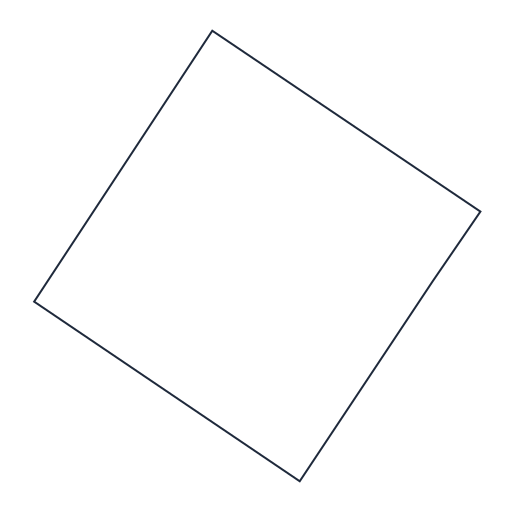 Lynn, Texas, United States of America (Robinson projection), rotated 304°
{"feature_id": "52423323B96500488872097", "entity_name": "Lynn", "entity_type": "district", "adm_level": 2, "iso_a3": "USA", "parent_name": "United States of America", "parent_adm1": "Texas", "projection": "robinson", "projection_center": [-101.839, 33.177], "detail": "fine", "context": "isolated", "style": "outline", "palette": "slate", "viewbox_px": 512, "rotation_deg": 304, "n_neighbors": 0, "source": "geoboundaries", "source_scale": "gbopen_adm2", "svg_char_len": 232}
<svg xmlns="http://www.w3.org/2000/svg" viewBox="0 0 512 512"><g transform="rotate(304 256 256)"><path d="M94.1,97.6L93.7,418.2L334.5,416.6L418.3,417.2L418.3,93.8L94.1,97.6Z" fill="none" stroke="#1e293b" stroke-width="2"/></g></svg>